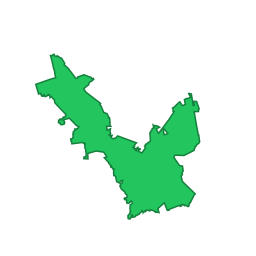 the district of Salvador Alvarado, Sinaloa, Mexico, rotated 161°
{"feature_id": "50627088B8261006945538", "entity_name": "Salvador Alvarado", "entity_type": "district", "adm_level": 2, "iso_a3": "MEX", "parent_name": "Mexico", "parent_adm1": "Sinaloa", "projection": "natural_earth1", "projection_center": [-108.084, 25.381], "detail": "fine", "context": "isolated", "style": "filled", "palette": "green", "viewbox_px": 256, "rotation_deg": 161, "n_neighbors": 0, "source": "geoboundaries", "source_scale": "gbopen_adm2", "svg_char_len": 5811}
<svg xmlns="http://www.w3.org/2000/svg" viewBox="0 0 256 256"><g transform="rotate(161 128 128)"><path d="M166.8,209.8L168.1,215.8L168.8,216.0L169.3,216.4L169.7,217.0L170.4,218.3L170.9,218.3L171.4,219.2L171.7,218.7L174.0,220.1L173.8,221.7L174.1,221.8L175.4,221.7L175.9,221.6L176.5,221.2L176.8,221.2L177.7,221.7L178.0,217.1L178.4,212.6L178.9,209.3L178.9,206.3L179.7,202.0L180.0,199.1L186.1,199.4L201.0,199.3L201.5,189.2L200.5,189.4L199.3,189.2L199.5,188.4L199.2,187.4L199.4,186.5L198.4,185.9L197.9,185.7L197.9,186.4L197.7,186.7L196.8,186.9L196.1,184.6L195.5,184.7L195.2,184.6L193.5,185.2L193.7,184.8L193.1,184.8L191.8,185.3L191.4,185.0L191.6,184.1L191.5,183.0L191.8,182.1L190.3,182.7L189.6,181.1L189.5,180.4L188.6,178.9L188.5,178.5L188.9,175.6L188.8,175.2L182.3,160.9L182.9,160.0L183.4,159.7L184.0,159.0L184.4,158.9L184.8,159.2L185.1,159.3L185.5,159.1L185.6,158.5L185.9,158.3L186.1,158.6L186.2,158.2L186.9,157.9L187.7,158.2L188.4,157.6L188.8,157.6L189.0,157.7L189.1,158.4L189.7,158.6L190.5,157.9L191.1,157.8L191.8,156.3L191.9,155.6L191.2,155.1L191.2,154.8L191.0,154.7L190.5,154.3L190.6,153.7L190.5,153.1L189.0,152.5L186.9,152.5L185.9,154.3L186.4,155.3L186.6,155.9L185.4,156.5L184.6,156.7L183.5,156.5L180.3,156.4L176.2,147.6L175.6,146.8L174.0,145.3L175.3,144.0L176.2,144.2L176.6,143.8L177.5,143.5L177.7,144.1L178.8,144.3L178.8,143.3L180.2,142.5L180.9,142.3L181.1,142.2L181.5,140.1L182.1,140.2L182.6,137.6L184.4,136.0L185.8,136.3L186.1,133.8L185.7,133.7L186.2,131.3L176.1,129.2L175.2,128.2L174.3,128.2L173.8,128.0L173.8,127.1L174.2,127.2L174.2,126.6L174.4,126.6L174.6,125.5L174.5,125.0L174.8,124.3L175.1,123.9L175.3,122.8L175.0,121.3L175.1,120.7L175.6,119.6L175.8,117.6L176.3,116.2L177.4,114.5L178.9,115.0L179.8,113.4L175.9,111.8L174.3,117.0L165.7,116.6L158.7,113.0L158.4,111.0L157.9,110.1L157.5,107.5L160.1,107.7L158.0,102.6L157.5,101.9L157.7,101.0L157.5,100.5L157.5,100.0L156.6,98.2L156.2,97.8L156.8,97.5L157.1,97.1L157.0,96.6L156.9,96.5L156.6,96.6L155.9,96.1L156.0,95.7L155.5,94.0L154.8,93.6L155.4,93.5L155.1,92.8L155.8,91.6L156.0,90.7L156.4,89.7L156.9,87.6L156.1,87.3L155.8,86.9L155.5,86.1L156.2,81.0L154.0,78.7L153.5,78.8L153.5,79.1L152.5,79.9L151.5,80.5L150.1,80.2L151.2,78.2L152.1,77.8L153.7,77.0L153.7,76.4L154.7,75.6L154.5,75.0L154.3,74.9L154.2,73.2L154.3,72.7L153.7,71.9L153.7,71.4L152.4,69.9L152.5,69.7L151.6,67.9L152.0,67.2L151.6,66.4L151.4,65.7L150.6,65.1L151.5,62.8L153.3,62.7L154.2,62.9L154.6,62.5L154.5,61.7L154.1,61.0L152.9,61.0L152.9,59.7L153.6,57.6L152.8,56.8L151.8,56.6L150.6,57.0L150.1,57.6L149.7,57.4L149.2,57.9L148.6,57.7L148.2,57.2L148.2,56.7L148.5,55.4L148.8,55.2L149.8,54.8L151.0,54.6L152.6,50.3L152.8,49.1L152.7,48.0L153.4,48.0L153.6,47.0L156.5,45.2L156.8,44.8L156.9,43.7L157.4,42.5L156.7,41.8L155.8,41.3L153.7,42.9L153.1,44.6L152.1,44.0L152.8,42.2L152.4,42.1L150.3,41.7L149.2,42.7L148.5,42.4L147.3,42.8L146.7,42.7L146.3,43.2L145.4,42.9L145.1,43.3L142.5,44.4L141.7,45.2L141.1,43.4L141.2,43.0L140.3,43.6L139.9,43.5L139.1,44.1L138.8,43.4L138.2,44.1L137.7,44.0L137.5,43.8L137.2,44.0L137.1,44.4L136.4,44.1L134.5,42.5L133.5,43.5L132.5,42.6L131.7,42.2L131.0,41.6L130.4,40.9L129.2,39.8L129.4,39.3L128.1,39.0L126.2,37.9L126.0,42.1L118.0,45.4L117.7,37.6L117.4,37.6L117.1,37.0L115.8,37.0L115.8,37.6L115.4,37.7L104.4,38.1L104.2,36.9L102.6,36.9L102.6,38.1L101.3,38.1L99.7,36.1L99.1,36.5L96.9,34.2L96.4,34.5L96.2,34.3L95.4,35.0L95.4,35.8L94.8,36.2L94.8,36.5L94.4,37.0L94.1,37.2L94.0,36.9L93.8,37.0L93.6,36.9L87.9,42.5L87.7,42.9L87.1,43.2L86.4,43.4L85.9,43.8L93.9,59.6L93.5,65.1L91.6,66.4L91.9,67.7L89.8,69.4L88.9,74.3L91.5,75.6L93.7,83.5L94.1,85.1L94.0,85.4L92.7,87.0L91.7,86.8L84.4,83.9L83.6,83.8L72.8,85.3L72.7,86.0L71.2,87.3L70.4,88.6L69.4,88.7L68.1,90.0L66.4,90.3L65.4,91.0L64.7,91.7L63.4,98.6L63.8,98.7L62.3,108.6L60.1,121.9L56.0,120.6L55.5,121.7L55.2,122.8L54.5,122.9L54.5,130.8L57.3,131.9L58.0,127.9L59.0,128.1L57.0,139.6L58.9,140.8L59.3,140.9L59.5,140.8L59.0,139.1L59.6,139.5L59.0,138.9L59.0,136.7L60.0,136.6L61.7,136.3L62.9,136.9L65.4,136.5L66.1,131.8L69.0,131.3L69.6,132.2L70.3,135.8L71.5,135.6L78.1,132.5L79.4,132.4L79.4,132.0L79.3,131.7L79.5,129.7L80.0,129.2L79.1,128.4L83.6,125.0L85.9,123.1L94.9,117.0L92.1,110.0L93.9,109.6L96.1,110.0L95.1,115.5L95.5,116.5L96.4,116.0L97.7,114.7L97.9,115.0L100.8,113.0L101.1,113.6L101.6,117.9L97.9,118.5L99.2,119.9L100.5,121.0L101.6,121.5L101.7,121.4L102.6,121.8L102.9,121.9L103.2,122.5L103.6,120.3L103.2,120.3L103.1,119.8L103.6,119.6L103.8,119.7L105.3,119.5L105.3,119.1L108.9,116.3L109.0,115.8L110.9,108.8L111.6,108.2L114.5,107.4L114.5,107.0L116.8,106.8L116.7,106.4L117.3,105.7L118.3,105.4L118.0,103.5L123.0,99.9L125.6,102.5L124.9,104.1L124.9,104.4L123.9,104.3L124.0,103.8L123.5,103.7L123.3,104.1L123.5,104.2L123.4,104.4L123.7,104.6L123.6,104.8L123.8,104.6L124.9,104.9L124.9,106.6L125.8,106.4L126.6,104.9L127.0,105.1L127.4,104.2L127.0,104.0L127.2,103.7L127.9,104.3L128.0,105.6L127.7,106.0L128.1,106.4L128.5,105.8L129.6,107.8L128.7,107.8L127.8,108.4L128.0,109.1L126.1,110.6L124.8,111.2L140.4,123.9L143.1,122.4L143.5,122.7L145.1,122.5L146.2,123.2L147.1,124.7L145.4,126.2L146.3,126.4L147.2,126.3L148.1,127.1L147.9,127.8L147.2,127.6L147.1,127.9L146.6,128.0L146.2,128.5L146.1,128.8L146.3,130.2L145.5,131.5L145.3,132.1L144.8,133.0L148.6,132.6L148.5,133.8L147.9,134.5L148.1,135.5L148.0,135.9L147.7,136.6L143.7,135.3L143.8,136.0L143.9,138.4L143.5,139.2L143.1,139.1L143.0,139.9L142.2,143.0L142.2,143.9L142.9,143.8L142.9,146.6L143.2,148.4L145.9,150.7L146.3,157.7L147.0,159.0L146.9,159.2L146.6,159.2L146.4,160.2L146.0,160.3L156.0,175.4L157.2,179.3L155.1,180.4L151.0,181.7L150.6,182.7L148.8,184.2L147.8,184.0L147.0,184.1L146.1,184.8L145.4,184.8L144.6,185.1L144.7,186.3L145.6,186.1L146.6,187.1L146.3,187.7L152.4,192.7L158.9,192.6L159.0,191.9L159.8,191.5L161.3,192.2L165.1,203.9L167.7,208.5L166.8,209.8Z" fill="#22c55e" stroke="#15803d" stroke-width="1.5"/></g></svg>